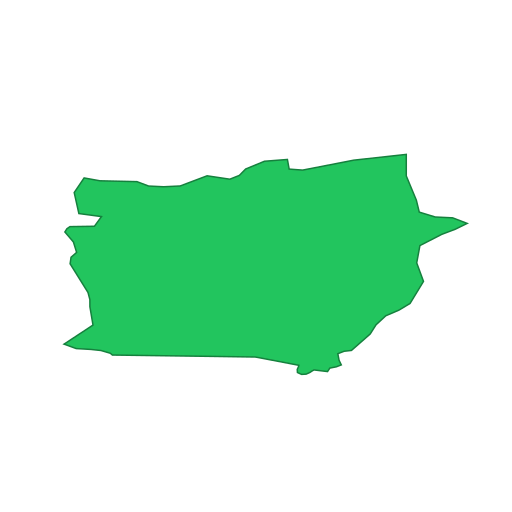 the District of Kaḷutara, rotated 287°
{"feature_id": "LKA-2472", "entity_name": "Kaḷutara", "entity_type": "District", "adm_level": 1, "iso_a3": "LKA", "parent_name": "Sri Lanka", "parent_adm1": "", "projection": "equal_earth", "projection_center": [80.098, 6.573], "detail": "fine", "context": "isolated", "style": "filled", "palette": "green", "viewbox_px": 512, "rotation_deg": 287, "n_neighbors": 0, "source": "natural_earth", "source_scale": "10m", "svg_char_len": 1057}
<svg xmlns="http://www.w3.org/2000/svg" viewBox="0 0 512 512"><g transform="rotate(287 256 256)"><path d="M166.4,358.2L164.0,344.8L162.7,343.5L160.3,341.5L157.7,338.5L156.1,334.2L156.7,329.7L159.6,328.6L162.5,329.0L164.0,328.9L159.6,288.2L159.2,284.9L147.2,243.5L119.3,147.6L120.2,145.6L120.4,145.0L120.3,135.4L118.4,125.5L114.9,111.1L115.6,98.2L142.3,120.3L158.9,112.0L165.7,109.9L172.0,106.0L194.2,80.5L200.7,79.5L207.0,83.4L216.0,77.3L223.1,66.2L226.8,67.2L229.7,69.5L237.2,92.8L248.5,96.7L244.8,74.2L263.5,63.6L280.4,68.8L282.3,84.8L292.3,120.4L291.5,132.8L295.2,147.4L300.8,163.0L318.4,185.8L321.8,208.5L328.2,216.5L336.2,220.7L349.1,236.4L357.5,257.8L348.8,262.3L351.8,275.5L376.2,321.4L397.1,370.0L376.5,376.3L356.3,393.0L345.7,399.3L345.7,416.0L350.0,432.9L348.9,448.4L339.9,438.8L331.0,427.3L313.9,409.7L296.4,411.7L280.7,423.6L255.7,417.2L246.1,408.6L236.8,397.6L225.3,390.9L214.8,388.0L193.6,374.9L190.7,368.2L186.5,362.8L180.6,365.9L176.8,369.4L173.5,365.2L170.4,359.4L166.4,358.2Z" fill="#22c55e" stroke="#15803d" stroke-width="1.5"/></g></svg>